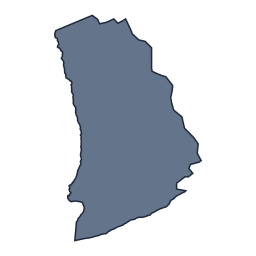 outline of Ledzokuku Municipal, Greater Accra, Ghana
{"feature_id": "2480657B94892111901595", "entity_name": "Ledzokuku Municipal", "entity_type": "district", "adm_level": 2, "iso_a3": "GHA", "parent_name": "Ghana", "parent_adm1": "Greater Accra", "projection": "albers", "projection_center": [-0.125, 5.602], "detail": "fine", "context": "isolated", "style": "filled", "palette": "slate", "viewbox_px": 256, "rotation_deg": 0, "n_neighbors": 0, "source": "geoboundaries", "source_scale": "gbopen_adm2", "svg_char_len": 3094}
<svg xmlns="http://www.w3.org/2000/svg" viewBox="0 0 256 256"><path d="M55.8,30.6L54.8,33.6L55.0,36.8L55.5,37.7L55.8,37.9L56.8,38.0L57.4,39.1L57.4,40.7L58.1,41.5L58.8,44.4L57.8,45.6L57.6,46.3L57.5,47.2L58.4,47.8L59.9,48.2L60.2,49.1L60.6,49.6L60.8,50.6L62.7,52.2L62.7,52.9L62.3,54.5L62.5,56.1L61.3,58.5L63.1,60.6L63.6,61.3L63.8,62.4L63.5,64.9L64.1,67.4L64.6,69.7L64.6,71.2L64.7,72.9L65.0,73.3L65.7,73.9L65.7,75.7L66.0,77.5L66.1,77.9L67.4,78.7L68.0,78.9L68.8,79.2L69.9,80.8L70.8,80.9L71.4,81.7L72.0,83.4L71.7,84.1L71.0,84.7L71.7,86.9L71.5,87.6L71.8,90.9L71.5,91.6L73.4,95.1L73.3,95.8L73.0,96.5L73.0,98.0L73.5,98.9L73.2,99.9L73.2,100.6L73.4,101.4L73.2,102.9L73.4,103.6L73.7,104.8L74.2,105.4L74.7,106.3L75.7,107.5L75.7,108.6L75.6,112.7L76.6,116.0L77.6,117.5L77.5,120.0L77.7,120.8L78.3,122.3L79.9,125.3L80.4,126.5L80.4,127.6L80.3,128.1L80.2,129.4L81.2,130.2L81.0,131.6L81.6,133.4L80.5,134.7L80.5,135.3L81.1,136.0L81.3,136.9L80.9,138.6L81.3,140.1L81.3,140.8L81.2,141.6L81.1,143.6L81.2,145.3L80.8,146.7L81.4,149.9L80.8,153.0L80.5,154.2L80.6,156.1L81.1,157.5L81.4,158.6L81.4,159.3L80.5,161.3L80.4,162.3L80.9,162.8L80.8,163.9L77.7,170.7L77.3,173.0L76.7,175.3L76.2,176.8L75.4,178.8L74.5,179.5L74.1,180.9L73.4,181.7L72.9,182.0L72.4,182.5L72.4,183.4L71.6,183.9L71.1,184.9L70.3,185.0L69.2,185.4L69.1,186.2L69.7,187.0L69.7,188.4L69.0,189.2L69.6,190.4L69.6,191.4L71.0,192.8L69.5,194.5L69.5,195.6L68.7,195.9L68.1,195.5L67.7,195.9L67.8,197.0L67.6,197.9L68.4,199.2L68.8,199.9L69.6,200.7L70.1,201.1L71.4,201.7L73.3,201.3L75.1,201.0L76.9,201.3L78.7,201.5L80.3,201.8L81.9,202.4L82.6,202.8L83.2,204.9L83.9,205.9L84.1,207.2L84.2,208.8L83.9,209.9L83.8,210.9L83.2,212.1L82.1,213.8L81.0,214.6L79.9,216.6L78.2,218.5L77.8,219.3L77.6,220.8L76.5,221.7L76.3,223.6L76.1,226.1L74.8,240.6L80.8,239.3L83.2,238.8L86.4,238.2L88.1,238.1L90.0,237.7L91.1,237.5L92.1,237.2L93.9,236.7L94.9,236.4L96.0,236.1L96.8,236.0L97.5,235.6L98.8,235.5L100.5,234.7L101.3,234.5L102.0,234.1L102.8,234.1L103.7,233.8L104.9,233.8L105.9,233.7L106.9,233.0L108.6,231.4L108.9,231.4L111.1,230.0L114.3,228.8L117.3,227.0L119.9,226.2L121.6,225.5L123.6,224.7L124.3,223.8L124.6,223.6L125.3,223.3L125.9,223.2L126.3,223.0L127.4,221.9L128.4,221.6L130.2,220.2L131.0,219.9L131.6,219.7L132.6,219.6L134.4,219.4L136.4,218.1L137.6,217.6L139.6,217.3L143.0,217.2L146.7,216.1L148.3,215.4L150.1,215.0L151.7,213.2L154.0,212.2L155.3,211.4L156.8,210.4L160.5,208.7L164.5,207.3L166.3,206.8L169.2,203.9L170.1,201.9L170.6,200.7L171.7,199.8L172.8,199.4L174.2,198.3L176.0,196.4L178.7,194.8L181.3,193.5L182.5,192.8L184.2,192.1L185.1,191.5L185.8,190.7L176.6,189.1L176.6,183.2L180.5,180.2L185.0,176.8L188.4,176.8L192.8,173.4L188.9,168.5L190.4,164.5L199.2,162.1L201.2,160.6L197.2,153.3L198.2,143.9L193.3,137.1L184.5,128.2L183.0,121.9L182.0,117.0L173.7,110.1L171.7,103.2L170.7,97.8L172.2,90.5L172.7,85.6L165.8,76.7L162.4,75.8L157.5,73.8L152.1,71.3L151.6,68.4L151.6,57.6L151.6,52.7L151.6,47.8L145.2,41.4L138.8,39.9L132.5,34.1L130.0,28.2L125.6,18.9L122.7,20.8L117.8,23.3L113.8,18.9L106.5,22.3L99.6,23.8L97.6,19.3L92.2,15.4L55.8,30.6Z" fill="#64748b" stroke="#1e293b" stroke-width="1.5"/></svg>